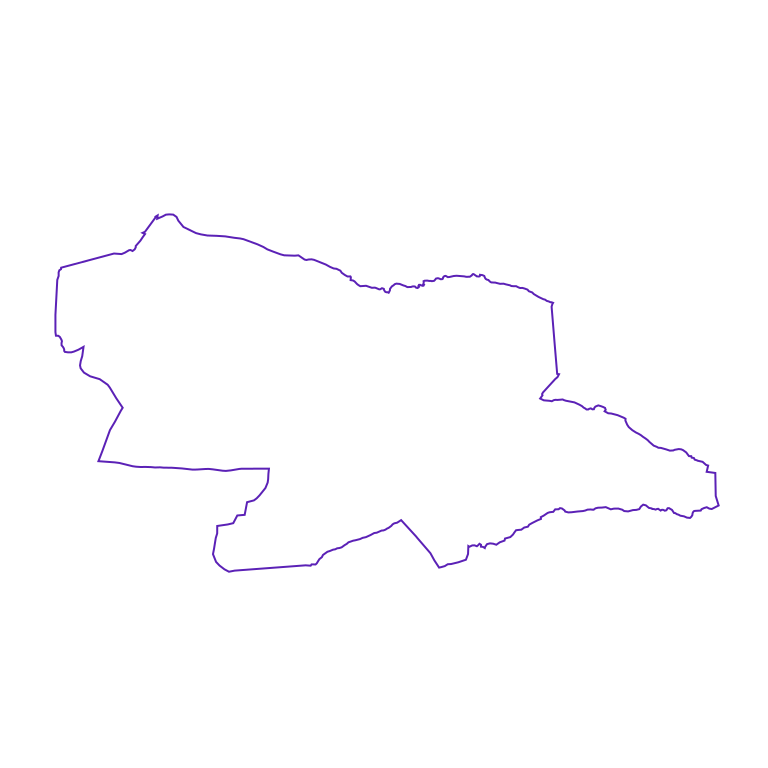 Domingo Arenas, Puebla, Mexico, rotated 175°
{"feature_id": "50627088B24684485641547", "entity_name": "Domingo Arenas", "entity_type": "district", "adm_level": 2, "iso_a3": "MEX", "parent_name": "Mexico", "parent_adm1": "Puebla", "projection": "albers", "projection_center": [-98.448, 19.131], "detail": "fine", "context": "isolated", "style": "outline", "palette": "violet", "viewbox_px": 768, "rotation_deg": 175, "n_neighbors": 0, "source": "geoboundaries", "source_scale": "gbopen_adm2", "svg_char_len": 6133}
<svg xmlns="http://www.w3.org/2000/svg" viewBox="0 0 768 768"><g transform="rotate(175 384 384)"><path d="M695.5,528.0L695.8,526.5L697.5,525.6L698.4,523.6L698.7,520.0L700.4,516.2L705.3,481.5L706.8,464.3L706.6,460.7L704.2,460.4L702.8,459.1L701.5,456.3L701.1,454.7L701.7,452.8L701.8,450.6L700.7,449.1L699.9,447.5L699.6,446.3L699.7,444.8L699.1,443.8L696.1,443.1L692.8,442.8L690.1,443.3L685.4,444.8L680.1,447.2L682.2,438.0L684.1,433.3L685.2,429.0L684.8,426.0L681.9,421.5L676.1,417.3L666.8,413.6L659.3,407.3L657.5,404.4L652.0,393.2L646.4,383.1L648.5,380.3L655.3,369.9L661.0,362.0L670.4,341.8L675.2,332.0L659.1,329.4L654.5,328.4L641.6,324.0L638.1,323.2L633.5,322.5L629.1,322.2L623.2,321.5L619.4,320.8L614.3,320.5L611.0,319.9L602.2,319.0L592.7,317.5L582.2,315.4L578.1,315.1L569.7,314.9L566.1,314.7L562.0,313.9L552.4,311.7L549.1,311.2L544.1,311.3L535.4,312.0L533.3,312.0L506.0,309.7L507.0,304.5L507.7,299.3L508.5,295.9L511.2,290.7L517.7,283.9L520.8,281.2L523.7,279.4L530.7,278.2L534.2,265.8L541.6,265.8L546.3,258.5L551.9,257.7L562.5,257.1L563.2,249.7L565.0,245.3L567.7,234.6L569.2,229.4L566.8,221.4L563.7,217.5L559.1,213.3L554.8,210.5L549.0,211.1L477.9,210.2L472.9,209.4L471.9,210.6L467.9,210.2L466.6,211.2L465.3,213.0L463.6,215.2L461.0,216.9L459.7,219.0L455.0,221.8L452.7,222.3L449.2,223.4L446.9,223.6L445.0,224.4L442.6,224.5L440.4,225.0L437.3,226.9L435.0,228.0L433.2,229.4L430.7,230.0L428.4,230.6L426.3,230.8L421.4,231.6L418.7,232.6L415.4,233.0L410.6,234.7L406.7,236.4L404.2,236.5L399.2,238.2L397.2,238.2L395.2,238.8L393.6,239.7L391.9,240.3L389.1,242.0L387.7,243.4L385.9,244.3L383.0,244.7L378.8,246.9L365.3,229.3L364.3,227.8L352.5,211.4L349.2,203.9L345.1,196.3L342.9,196.6L339.3,197.3L336.2,198.9L332.9,198.8L325.6,199.9L317.7,201.8L315.1,207.3L314.1,215.2L313.1,214.4L310.2,215.5L307.9,215.4L305.6,214.3L304.4,215.1L302.8,216.5L301.4,215.4L301.6,213.5L299.6,213.1L297.9,211.8L297.5,212.9L295.3,215.5L292.3,216.0L289.2,215.4L286.1,214.1L282.5,216.2L277.6,217.5L276.9,219.5L271.5,220.5L268.6,222.8L267.1,224.7L265.2,226.8L262.9,226.9L259.9,226.9L256.8,228.8L253.1,229.3L251.6,231.2L248.5,232.6L243.0,234.8L239.4,235.9L239.4,237.7L236.5,238.9L232.2,241.3L230.2,241.8L226.5,241.9L224.4,244.2L221.0,244.0L219.5,245.0L217.6,244.5L215.1,242.3L214.6,241.1L211.5,240.0L208.3,239.9L202.4,240.1L196.9,240.1L194.6,240.4L192.2,241.1L189.1,241.0L187.2,240.6L186.6,240.7L186.1,240.5L184.2,241.7L181.6,242.1L177.6,241.9L173.8,242.0L169.0,239.4L165.9,239.8L161.5,239.5L157.6,238.0L155.8,236.5L151.9,235.8L147.0,236.7L143.7,236.6L140.6,237.1L138.8,239.5L136.3,241.2L133.7,240.3L130.9,237.5L128.1,236.7L127.7,236.1L126.0,235.9L124.3,235.2L123.3,235.6L121.8,235.8L119.4,233.8L118.5,234.4L117.2,234.4L116.3,234.0L115.3,233.3L113.7,233.6L112.3,235.5L110.9,235.5L108.1,233.5L106.3,230.2L105.1,230.0L103.6,228.8L101.9,228.1L100.3,227.0L96.6,226.0L93.9,224.5L90.8,223.9L89.5,224.9L88.3,226.4L87.8,228.5L87.2,229.5L86.4,230.3L85.3,230.5L79.5,230.3L78.6,231.6L75.8,232.6L73.2,233.1L70.8,231.5L68.4,230.9L61.2,233.8L63.3,243.5L61.7,266.5L70.2,268.4L68.2,274.5L70.2,275.3L73.4,278.7L78.4,280.3L78.7,280.6L81.1,281.6L81.8,283.3L83.9,283.8L84.2,285.3L86.5,285.6L88.9,289.5L91.9,292.1L93.6,293.0L96.0,293.5L100.3,293.1L101.6,292.6L105.0,292.7L108.7,294.3L113.7,296.2L116.3,296.6L117.7,297.6L120.7,299.1L124.6,303.1L126.2,305.1L128.2,306.9L130.7,308.9L132.5,310.6L134.7,312.2L137.2,313.7L140.7,316.4L143.9,319.7L145.3,322.3L146.7,326.5L146.4,328.3L148.1,329.5L154.0,332.6L160.2,334.8L163.2,335.3L166.6,337.6L165.4,339.0L165.9,340.9L167.7,342.0L169.8,343.0L172.4,344.0L175.3,343.1L176.4,342.1L177.1,340.6L178.6,340.6L180.1,341.7L181.7,341.4L182.9,340.8L184.5,341.0L185.7,342.1L187.2,343.1L188.7,344.7L191.2,346.4L195.9,349.1L204.3,351.5L206.2,352.3L207.3,353.0L212.6,353.0L214.6,353.3L216.3,353.1L218.3,352.2L220.4,352.8L226.2,353.8L229.7,355.9L227.1,358.9L227.4,360.2L226.4,361.7L213.0,374.0L210.6,375.7L208.8,378.5L210.6,379.0L210.5,409.0L210.3,446.4L209.3,449.0L208.5,450.1L209.9,450.8L211.2,451.0L212.7,451.9L214.6,452.6L216.2,454.0L217.9,454.6L222.5,457.3L226.9,460.5L228.4,462.3L231.6,463.8L232.8,465.5L235.5,466.8L237.6,467.6L240.1,467.8L241.6,468.5L243.8,469.9L246.2,470.1L248.6,470.5L249.8,471.3L254.1,472.7L256.1,473.5L259.7,473.7L263.2,474.9L264.2,475.3L268.0,475.8L268.9,476.2L270.1,477.4L270.9,478.5L272.2,478.9L273.5,479.8L274.2,481.1L274.7,482.9L276.5,483.9L278.8,484.4L278.9,483.5L279.4,482.9L280.2,482.8L282.3,483.2L282.7,483.7L283.3,484.1L284.7,485.3L285.3,485.7L285.9,485.7L286.7,485.1L287.0,484.6L289.1,483.4L292.7,483.6L294.6,484.2L302.2,485.5L305.1,485.5L309.4,484.9L311.1,484.9L313.1,486.3L313.8,486.3L314.5,486.2L315.7,485.2L316.0,484.6L316.2,483.8L316.9,483.4L318.3,483.4L320.4,484.5L321.2,484.7L323.0,484.5L324.4,483.0L325.2,482.4L326.4,482.3L327.6,482.3L328.2,482.6L329.9,482.7L331.7,483.2L334.3,483.4L335.6,483.0L335.6,481.9L335.7,481.0L336.3,479.9L335.5,479.4L336.1,478.5L337.2,478.5L339.5,479.7L340.5,479.7L341.2,478.6L340.6,477.8L341.4,477.1L342.3,476.7L343.7,477.2L344.5,478.3L345.4,478.6L347.2,478.7L348.5,478.3L352.3,478.5L354.3,479.8L356.1,480.5L359.6,482.3L362.9,482.9L364.6,482.5L365.9,481.5L367.6,480.6L369.7,478.3L369.9,476.9L370.7,475.5L371.4,474.5L372.4,475.1L373.2,475.1L374.6,475.6L375.3,476.7L375.8,477.8L375.9,478.8L376.7,479.2L377.7,479.6L379.5,478.7L380.5,478.7L383.9,480.5L384.8,480.8L387.7,480.9L393.3,483.4L399.1,483.5L400.9,484.8L402.2,486.0L404.3,488.7L405.8,489.8L408.2,490.4L407.7,493.3L408.1,494.1L411.0,494.3L413.5,496.0L416.4,498.5L417.6,500.7L421.3,502.9L424.1,503.5L427.6,505.4L431.6,508.1L442.9,513.8L445.3,514.5L448.2,514.6L450.5,514.3L452.3,514.9L458.0,519.6L461.7,519.6L472.2,520.9L475.8,522.2L482.8,525.5L488.5,528.3L492.2,531.0L497.9,534.2L511.3,540.5L514.6,541.5L520.4,542.7L529.3,544.9L537.9,546.2L546.9,547.3L553.3,549.0L558.1,550.7L570.1,557.9L574.7,564.7L576.1,568.5L579.2,571.1L583.1,571.7L586.5,571.7L590.0,570.2L595.5,568.4L594.8,571.7L597.2,570.5L597.3,569.6L608.8,556.5L611.3,555.6L609.0,554.2L611.4,551.5L614.2,548.0L619.3,543.1L619.4,541.8L620.6,539.9L622.9,538.4L624.9,539.6L626.3,539.5L630.7,537.4L634.1,536.3L641.6,537.5L695.5,528.0Z" fill="none" stroke="#5b21b6" stroke-width="2"/></g></svg>